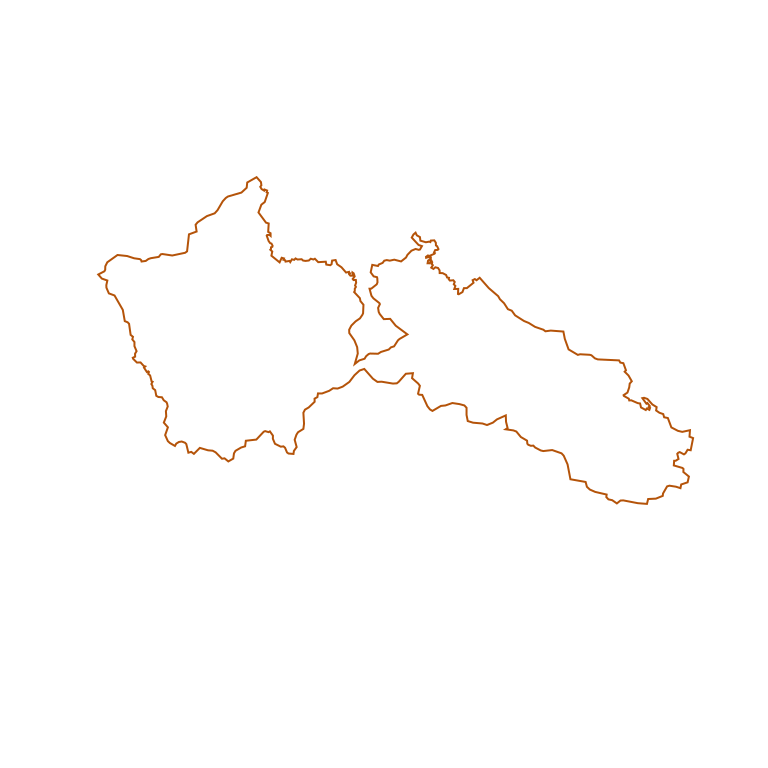 outline of Luong Son, Ha Noi, Vietnam, rotated 319°
{"feature_id": "81297802B92770026846870", "entity_name": "Luong Son", "entity_type": "district", "adm_level": 2, "iso_a3": "VNM", "parent_name": "Vietnam", "parent_adm1": "Ha Noi", "projection": "orthographic", "projection_center": [105.569, 20.782], "detail": "fine", "context": "isolated", "style": "outline", "palette": "amber", "viewbox_px": 768, "rotation_deg": 319, "n_neighbors": 0, "source": "geoboundaries", "source_scale": "gbopen_adm2", "svg_char_len": 6166}
<svg xmlns="http://www.w3.org/2000/svg" viewBox="0 0 768 768"><g transform="rotate(319 384 384)"><path d="M413.4,168.4L421.7,163.6L421.2,162.3L422.7,161.3L421.4,158.8L420.4,159.4L419.5,156.6L420.0,154.0L421.8,153.6L423.6,150.9L423.5,144.3L413.0,142.2L409.1,145.8L402.0,146.0L389.2,140.1L386.6,139.8L382.2,140.3L372.4,143.6L368.2,144.1L360.5,141.1L349.4,139.7L346.3,140.2L342.6,146.0L335.0,143.1L322.4,154.7L320.0,154.5L308.5,148.1L302.0,140.5L300.6,139.7L297.4,140.3L290.6,136.1L288.2,135.1L284.9,134.8L281.4,132.5L282.0,131.2L281.7,129.6L277.9,125.2L274.1,118.9L267.5,111.8L255.0,110.6L250.9,112.3L248.5,114.9L246.9,115.5L240.2,113.9L240.2,119.3L243.1,124.4L239.3,127.2L237.7,129.2L235.8,135.1L238.7,140.4L235.5,156.7L229.6,166.5L231.0,169.2L231.1,171.3L225.0,180.7L225.5,183.7L223.3,185.2L223.2,188.6L220.5,191.7L218.8,196.9L216.0,197.8L214.1,200.1L211.6,199.4L211.2,200.4L211.6,205.7L214.4,208.0L214.5,212.8L215.3,214.1L213.6,214.2L212.9,219.4L214.4,219.8L214.5,220.7L212.7,221.7L213.1,224.1L210.3,229.6L210.8,230.5L208.4,231.4L208.1,233.3L206.7,235.5L207.3,238.5L204.4,243.5L205.2,245.8L207.7,248.3L207.1,251.8L207.9,255.1L207.4,256.6L206.0,259.1L201.6,261.4L198.4,265.6L192.5,268.7L192.5,274.9L185.3,279.0L183.4,285.3L183.7,288.1L185.6,293.6L188.1,292.7L191.2,293.2L193.6,294.7L195.3,297.8L195.4,299.6L191.3,307.5L194.0,308.8L194.7,312.0L203.1,311.4L207.7,318.6L210.9,321.9L212.1,325.1L212.7,334.1L214.9,335.5L215.7,340.3L221.3,341.4L225.3,337.9L228.1,337.0L234.5,338.2L238.3,339.9L242.5,336.2L251.2,342.2L261.9,341.1L263.4,341.6L265.3,344.6L266.8,344.9L266.3,350.1L264.2,352.4L262.5,357.6L265.0,363.6L267.2,365.1L267.5,367.2L265.9,372.0L266.3,373.8L269.8,377.4L272.1,375.4L276.7,374.3L280.0,367.5L284.7,364.8L287.5,364.0L293.7,365.0L297.6,361.5L304.3,352.8L307.5,351.5L311.8,352.3L320.0,351.9L322.0,349.5L325.1,350.2L328.0,347.8L331.0,350.5L338.2,353.2L342.8,353.8L346.0,357.0L351.1,358.9L359.2,359.7L367.5,358.0L374.4,357.8L379.0,359.7L379.1,372.7L380.4,378.1L383.7,380.7L391.0,389.5L394.1,391.9L396.6,392.0L407.2,390.6L412.9,394.8L409.0,398.0L410.1,406.1L409.9,408.9L403.3,413.7L403.5,415.1L405.7,417.3L402.2,429.2L402.0,433.3L402.9,436.1L412.6,437.9L416.3,440.5L423.1,443.2L427.7,448.6L430.6,452.9L430.7,456.1L426.0,461.5L422.9,466.9L425.8,471.6L432.4,478.4L434.8,482.5L440.8,484.6L446.0,484.8L455.3,487.6L451.3,492.6L448.4,498.3L446.1,498.0L451.2,503.9L452.7,506.7L452.5,513.8L454.8,520.6L453.0,523.1L453.0,524.5L454.3,527.0L456.3,528.5L456.4,531.1L458.7,537.0L460.2,539.1L467.6,544.2L472.5,552.8L472.6,556.0L469.8,565.1L462.2,578.2L471.9,590.2L469.7,594.7L470.1,598.7L472.6,604.0L479.5,613.5L477.6,615.2L477.7,618.3L480.0,621.4L481.4,626.9L486.0,627.1L488.2,628.8L497.4,640.5L503.8,647.0L507.9,644.1L514.0,648.9L521.0,651.3L522.7,649.7L530.5,647.0L532.7,648.0L537.0,653.1L539.4,657.1L542.4,654.8L548.6,657.4L553.4,653.9L552.2,646.8L554.3,644.6L554.2,643.2L549.3,635.6L552.6,632.3L553.8,633.3L557.1,633.8L559.5,629.1L560.9,628.9L562.5,629.4L564.2,633.9L566.0,634.1L570.0,632.8L572.0,635.2L581.8,627.6L580.0,624.2L584.6,619.6L577.7,615.8L575.1,612.2L572.4,605.3L575.9,595.9L573.6,592.9L575.0,589.9L573.0,586.4L572.0,582.5L574.6,580.3L573.1,575.5L573.0,568.1L571.2,565.0L569.7,564.2L569.1,571.0L570.3,571.1L570.1,575.0L568.6,575.1L569.1,576.6L567.3,577.6L566.2,574.9L564.5,575.4L562.6,570.3L564.5,566.7L563.0,565.0L559.9,558.5L558.3,557.3L559.1,555.7L557.2,550.3L557.5,549.6L562.1,550.2L566.9,547.4L569.7,544.9L572.8,544.5L574.1,538.0L573.7,532.6L575.6,532.4L578.3,525.3L576.4,522.9L576.9,520.4L561.5,505.7L560.0,503.0L559.4,498.4L558.5,497.0L551.5,490.2L549.4,489.2L546.0,479.0L550.1,468.5L553.8,462.1L544.9,453.1L540.4,450.1L539.9,447.6L535.5,440.0L533.3,432.9L531.0,428.3L528.0,418.2L528.5,412.5L526.6,408.8L527.6,401.8L527.1,396.1L527.8,392.6L526.0,380.4L525.9,366.6L521.9,366.4L521.4,364.4L519.0,363.8L518.0,366.3L509.4,366.0L507.2,364.1L503.5,366.1L499.3,365.3L498.9,364.6L502.4,360.9L499.4,358.4L502.2,356.8L502.1,354.5L504.3,353.4L504.4,351.2L501.6,349.2L501.6,347.4L502.7,346.5L501.5,345.0L502.4,342.5L501.0,338.8L498.8,336.8L500.5,334.7L500.9,331.9L499.3,329.6L496.8,329.6L496.0,327.2L498.8,326.4L498.8,324.9L500.3,323.7L500.8,321.8L500.3,321.4L497.8,323.0L496.1,321.5L498.2,319.8L501.5,320.1L502.4,319.2L500.4,317.1L498.6,316.4L499.1,315.6L501.5,315.8L502.2,317.1L507.6,318.8L508.3,318.6L508.1,317.5L510.5,316.5L512.5,318.0L513.6,317.9L514.5,314.9L514.1,313.5L515.8,311.4L516.2,308.6L513.5,306.5L512.1,307.3L511.5,306.2L508.6,304.5L505.5,299.7L507.5,296.7L506.3,293.3L507.1,290.5L504.3,290.5L501.0,291.7L501.3,301.7L503.1,304.8L499.4,306.1L498.3,305.6L496.4,302.8L492.2,301.4L486.4,301.9L483.6,303.0L477.3,302.7L473.3,296.9L469.3,294.7L467.4,292.3L465.1,291.1L462.4,291.7L458.4,290.4L456.9,291.0L453.3,286.4L447.2,291.0L446.8,296.0L448.8,298.8L448.3,299.8L445.8,303.0L443.9,304.0L437.0,303.7L435.6,302.6L432.4,309.2L432.2,312.4L433.6,319.9L433.3,321.0L429.5,322.7L427.3,326.1L426.7,328.3L426.4,334.9L431.4,338.9L431.1,347.7L434.2,361.9L425.3,360.2L423.2,360.2L416.3,362.2L413.3,360.9L410.2,361.1L402.7,357.8L399.4,357.3L393.5,351.9L392.0,351.3L388.7,351.3L385.9,352.2L380.9,350.0L375.1,349.7L384.2,343.8L387.9,338.6L390.3,331.6L391.2,322.8L393.3,320.2L397.7,318.5L403.7,318.1L408.9,318.7L413.1,317.6L414.6,316.9L420.5,310.7L420.6,306.0L422.1,303.4L421.8,295.0L422.9,294.7L424.5,292.9L426.5,292.3L426.8,290.7L429.4,289.3L431.0,287.0L429.2,285.6L429.3,284.2L432.4,283.6L433.0,282.3L432.1,281.6L433.7,280.7L433.4,279.3L431.4,281.7L429.7,280.2L429.7,278.5L430.9,278.2L430.2,277.5L431.1,276.4L428.5,275.0L428.5,268.0L427.2,262.9L428.8,258.7L425.8,256.8L423.0,259.2L421.4,259.1L418.8,256.0L420.3,253.5L414.3,248.9L414.0,244.1L412.4,243.7L410.9,241.4L408.3,241.5L405.5,239.6L403.9,237.7L403.7,235.8L400.4,233.3L399.6,231.2L397.7,231.4L396.3,229.5L393.2,230.5L393.4,229.1L390.0,227.0L390.6,225.8L389.6,224.2L390.9,223.6L389.6,221.6L385.0,223.7L383.2,213.3L386.6,210.7L386.3,208.1L387.2,208.0L388.4,206.7L389.7,207.2L390.6,206.6L391.2,204.2L390.5,203.0L390.7,200.5L392.8,195.1L393.6,194.9L395.4,196.4L395.6,197.8L397.3,195.8L396.4,193.2L402.3,187.2L400.8,184.8L401.8,172.2L409.1,168.2L413.4,168.4Z" fill="none" stroke="#b45309" stroke-width="2"/></g></svg>